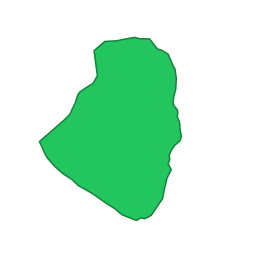 the district of Ouara, Ouaddaï, Chad, rotated 47°
{"feature_id": "50815135B92277339053304", "entity_name": "Ouara", "entity_type": "district", "adm_level": 2, "iso_a3": "TCD", "parent_name": "Chad", "parent_adm1": "Ouaddaï", "projection": "natural_earth1", "projection_center": [20.732, 13.712], "detail": "fine", "context": "isolated", "style": "filled", "palette": "green", "viewbox_px": 256, "rotation_deg": 47, "n_neighbors": 0, "source": "geoboundaries", "source_scale": "gbopen_adm2", "svg_char_len": 1152}
<svg xmlns="http://www.w3.org/2000/svg" viewBox="0 0 256 256"><g transform="rotate(47 128 128)"><path d="M77.5,202.0L86.2,204.9L88.4,205.7L90.8,206.5L95.2,207.4L102.3,207.7L107.1,207.7L116.9,206.8L127.6,204.1L136.4,203.6L149.1,199.5L154.6,198.1L168.7,195.2L179.5,192.3L183.2,192.2L187.9,191.3L195.2,187.9L201.2,185.0L202.6,179.9L205.9,177.3L207.7,170.6L203.3,151.1L196.1,141.0L191.4,133.9L187.9,124.8L181.6,123.1L179.7,119.2L176.0,116.3L174.3,113.0L172.5,105.5L172.9,99.0L170.7,94.8L164.4,90.8L160.1,87.2L158.9,86.3L157.3,85.7L153.6,84.4L150.5,80.8L150.4,80.7L149.8,80.4L148.0,79.5L142.9,79.2L140.3,77.9L136.1,72.9L132.4,66.9L124.9,59.0L117.2,53.6L112.5,52.3L107.1,50.4L101.6,48.3L94.6,50.1L90.0,52.6L77.6,51.4L70.9,58.4L66.3,61.3L63.3,65.8L61.1,69.3L57.7,74.8L56.1,77.3L49.0,85.8L48.9,85.9L48.3,100.1L65.1,112.1L68.2,114.2L68.9,114.7L71.3,122.4L71.5,123.0L69.9,131.1L69.7,132.5L69.6,133.0L69.4,134.8L69.0,137.3L68.8,139.0L69.3,140.9L69.6,142.2L70.5,143.8L71.6,145.9L72.4,147.2L73.2,148.3L76.2,156.0L76.9,157.8L77.1,158.2L78.3,161.1L78.6,168.9L78.6,169.8L78.6,170.2L77.5,202.0L77.5,202.0Z" fill="#22c55e" stroke="#15803d" stroke-width="1.5"/></g></svg>